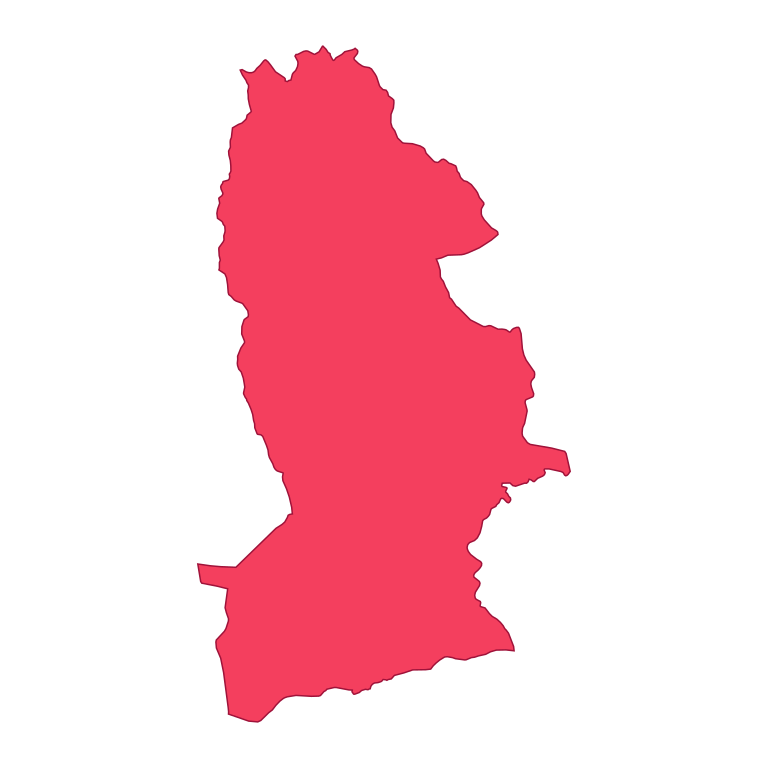 Wat Bot, Phitsanulok, Thailand (orthographic projection)
{"feature_id": "78962969B51687316789717", "entity_name": "Wat Bot", "entity_type": "district", "adm_level": 2, "iso_a3": "THA", "parent_name": "Thailand", "parent_adm1": "Phitsanulok", "projection": "orthographic", "projection_center": [100.372, 17.16], "detail": "fine", "context": "isolated", "style": "filled", "palette": "rose", "viewbox_px": 768, "rotation_deg": 0, "n_neighbors": 0, "source": "geoboundaries", "source_scale": "gbopen_adm2", "svg_char_len": 6051}
<svg xmlns="http://www.w3.org/2000/svg" viewBox="0 0 768 768"><path d="M355.1,48.3L354.3,49.0L351.8,50.0L344.8,51.7L341.9,54.4L336.0,57.8L334.4,60.0L333.6,60.4L332.9,60.1L331.6,57.9L330.3,55.3L330.0,53.6L328.1,52.5L326.1,49.3L322.9,46.1L322.4,46.3L319.1,51.8L314.8,54.3L314.0,54.2L307.8,51.1L306.0,50.9L303.6,51.4L297.7,54.4L296.0,54.5L295.0,56.1L297.8,61.4L298.0,63.5L297.5,66.6L295.7,70.5L293.3,72.8L292.4,74.2L290.9,80.1L288.8,80.5L287.3,81.6L285.2,80.9L285.2,78.8L284.3,77.7L275.5,71.8L270.5,64.9L267.9,61.7L265.9,60.0L265.1,59.9L263.8,60.8L260.1,65.4L256.8,68.4L255.2,70.7L253.5,72.1L251.5,72.7L249.0,72.7L246.4,72.0L242.1,69.6L240.2,70.1L242.5,75.1L246.0,80.3L246.9,82.7L248.5,85.1L248.5,87.6L247.7,90.9L248.2,94.9L248.3,98.9L249.4,104.6L251.3,111.3L250.7,112.2L247.1,115.2L246.5,118.2L245.9,119.4L241.9,123.1L238.5,124.4L232.5,127.9L231.4,137.5L230.4,139.9L230.2,142.0L230.4,147.3L228.6,151.1L228.9,155.0L230.3,160.5L230.8,165.6L230.9,171.0L230.3,172.6L229.3,174.1L229.7,176.3L229.5,178.2L229.0,179.4L228.0,180.2L223.3,181.5L222.9,181.9L222.6,183.4L221.2,185.3L220.7,186.9L221.1,189.1L222.7,192.7L222.9,193.9L221.9,195.7L219.1,197.8L218.8,198.5L219.7,203.2L217.6,209.1L216.9,213.3L217.5,218.3L221.8,221.3L222.5,222.2L223.3,224.4L224.8,226.2L225.1,230.5L224.9,232.2L223.8,235.8L224.0,240.0L223.2,241.8L219.0,247.6L218.8,248.9L219.2,255.7L220.3,260.1L219.4,262.4L219.4,268.3L218.9,269.9L224.9,273.9L226.5,277.6L227.6,284.6L228.2,292.5L228.8,294.6L231.2,296.4L234.2,299.9L236.2,301.1L241.8,303.1L242.9,303.9L247.8,310.8L248.4,314.6L248.2,316.6L244.3,319.5L243.9,320.3L241.9,326.6L241.7,334.0L244.5,341.1L244.5,342.7L240.9,348.0L237.6,356.2L237.7,359.4L237.3,363.3L237.6,365.7L238.8,369.2L241.2,371.9L243.3,378.1L244.2,383.3L244.8,387.1L243.6,392.7L243.6,393.8L245.3,397.5L246.5,399.0L246.8,400.6L248.3,402.9L251.1,409.5L252.7,414.5L253.6,420.4L254.6,423.7L254.8,427.8L257.1,433.8L257.7,434.3L260.9,434.8L262.7,436.3L266.4,445.2L268.0,449.9L268.6,454.8L269.4,457.5L272.8,463.8L274.0,467.3L275.2,469.2L276.5,470.5L277.9,471.2L282.9,472.8L283.2,473.1L282.5,476.9L282.9,480.7L286.5,488.8L289.3,497.0L291.7,507.4L292.3,513.5L292.4,513.9L289.5,514.5L288.1,515.3L287.4,517.4L284.8,522.0L282.1,524.4L276.0,528.3L235.9,567.3L220.9,566.7L210.5,565.8L197.8,564.0L200.7,581.6L201.8,583.2L216.3,586.0L227.7,588.8L225.1,607.7L226.4,612.7L228.5,618.7L228.4,621.1L226.0,628.5L224.4,631.3L216.3,640.0L215.9,642.1L216.4,648.0L220.7,658.2L223.6,672.5L228.2,707.6L228.6,711.8L228.5,714.1L248.7,721.1L257.8,721.9L260.8,720.5L268.7,712.7L272.4,709.9L275.8,705.4L279.8,701.2L283.1,698.6L284.7,697.7L287.3,696.8L296.0,695.4L311.4,696.3L318.7,696.1L320.5,695.5L324.0,691.5L325.7,690.6L326.9,689.2L334.2,687.5L336.2,687.5L348.8,689.9L352.3,690.1L352.0,691.8L353.6,694.1L354.7,694.2L359.3,692.5L361.6,690.5L365.4,689.3L368.0,689.7L369.4,688.9L370.2,688.8L370.8,686.4L372.3,684.3L374.4,683.0L378.0,682.6L380.8,681.7L381.7,681.2L383.1,679.5L385.8,679.8L386.9,680.3L388.0,679.6L391.3,678.9L394.4,675.4L403.9,672.9L412.7,669.9L425.6,669.7L430.7,669.1L433.3,665.7L436.1,663.0L439.6,660.1L444.6,657.0L447.2,656.7L452.5,657.6L455.5,658.7L464.6,659.9L466.1,659.8L471.4,657.6L474.6,657.2L478.5,655.9L485.7,654.3L490.5,651.8L496.3,650.1L505.9,649.9L514.1,650.8L513.6,646.4L508.5,633.2L506.2,630.1L504.7,628.6L503.2,625.8L500.4,622.4L496.9,619.2L492.2,616.4L489.4,613.6L485.0,607.9L480.9,606.7L480.3,606.3L480.1,605.7L480.7,602.8L480.3,601.5L476.2,599.3L475.2,598.0L474.7,595.3L475.4,592.2L479.5,585.6L480.0,583.2L479.3,581.4L474.0,577.2L473.7,575.8L473.9,574.6L475.1,572.7L478.3,569.9L480.2,567.7L481.5,565.5L481.7,563.3L480.7,561.7L476.6,559.2L470.7,554.6L469.8,553.5L468.3,551.4L467.4,549.2L467.1,547.5L467.7,544.7L469.5,542.6L474.5,540.5L477.3,537.9L480.0,532.8L481.7,526.3L482.7,520.6L483.9,519.4L486.6,518.0L488.3,516.3L489.6,514.5L491.0,509.2L492.0,508.3L495.8,506.4L496.7,504.7L499.0,502.7L500.7,498.9L501.8,498.3L503.4,498.6L506.8,502.1L508.2,502.8L509.3,502.3L510.4,500.7L510.7,499.7L510.4,497.9L508.8,496.4L507.5,493.8L505.7,492.1L505.7,491.1L507.0,488.6L507.0,488.0L506.1,487.4L502.1,486.5L501.7,485.6L502.2,483.2L510.0,483.0L512.8,485.6L515.6,486.2L524.5,483.2L526.6,483.2L528.1,481.8L529.1,479.2L531.3,480.0L533.2,481.5L534.4,481.5L537.7,478.3L542.7,476.1L544.4,474.7L545.2,472.7L544.1,470.0L544.4,469.2L545.1,468.9L549.0,468.9L560.9,471.5L563.1,472.5L564.6,475.1L565.8,475.8L567.1,475.3L568.2,474.3L570.2,471.4L566.1,453.5L564.7,451.4L551.7,448.1L530.2,444.4L527.4,442.7L522.6,436.1L522.1,433.2L522.5,428.4L522.9,427.0L524.6,423.4L527.1,411.2L527.0,409.8L525.1,402.7L525.3,400.8L525.8,399.9L526.6,399.4L532.6,396.9L533.4,396.0L533.7,393.8L531.5,387.5L530.8,383.9L531.2,381.6L531.7,380.5L534.3,377.3L534.7,374.3L534.4,372.0L526.2,360.2L523.9,355.1L522.4,348.9L521.1,333.7L519.5,328.7L518.9,327.7L518.3,327.3L516.5,327.4L513.5,328.5L512.0,329.7L510.3,331.9L509.5,332.1L506.2,329.9L504.9,329.5L502.0,329.1L498.1,329.2L490.9,325.8L489.0,325.6L485.5,326.6L483.3,326.5L470.4,319.9L458.8,308.1L456.1,306.2L451.5,299.2L449.6,297.7L448.6,292.6L445.5,286.9L443.3,281.3L441.6,279.2L440.4,277.0L440.1,270.1L438.1,263.4L436.3,259.1L441.4,257.9L447.8,255.2L461.3,254.7L464.0,254.2L468.1,252.8L479.5,247.7L491.3,240.1L498.0,234.5L497.7,232.3L497.3,231.6L495.8,230.4L491.5,227.9L484.3,219.9L481.9,216.0L481.3,213.9L481.3,209.5L481.6,208.4L483.9,204.3L483.7,202.8L479.4,197.5L477.5,192.8L475.8,190.2L471.3,184.6L467.0,181.6L463.7,180.7L461.1,178.1L460.3,176.9L459.1,173.4L457.2,171.2L456.5,167.8L455.7,165.9L450.9,163.7L449.1,163.3L445.9,160.4L443.7,159.2L441.7,159.5L438.3,162.3L437.2,162.4L435.0,162.0L433.5,161.0L426.1,153.2L424.6,149.0L423.2,147.7L420.2,146.0L412.4,143.7L404.2,143.2L402.5,142.8L397.6,138.0L394.8,130.9L392.1,127.2L390.8,122.7L391.0,114.4L393.4,108.0L393.9,103.0L393.8,100.2L392.3,98.6L388.5,95.9L387.6,92.4L386.1,90.2L382.9,89.6L380.2,86.9L379.4,85.5L376.6,76.9L375.2,74.3L371.5,69.0L369.2,67.6L364.3,66.8L362.4,66.1L358.6,63.6L354.4,59.7L354.0,58.7L354.1,57.7L357.4,53.5L357.8,51.5L357.5,50.3L355.1,48.3Z" fill="#f43f5e" stroke="#9f1239" stroke-width="1.5"/></svg>